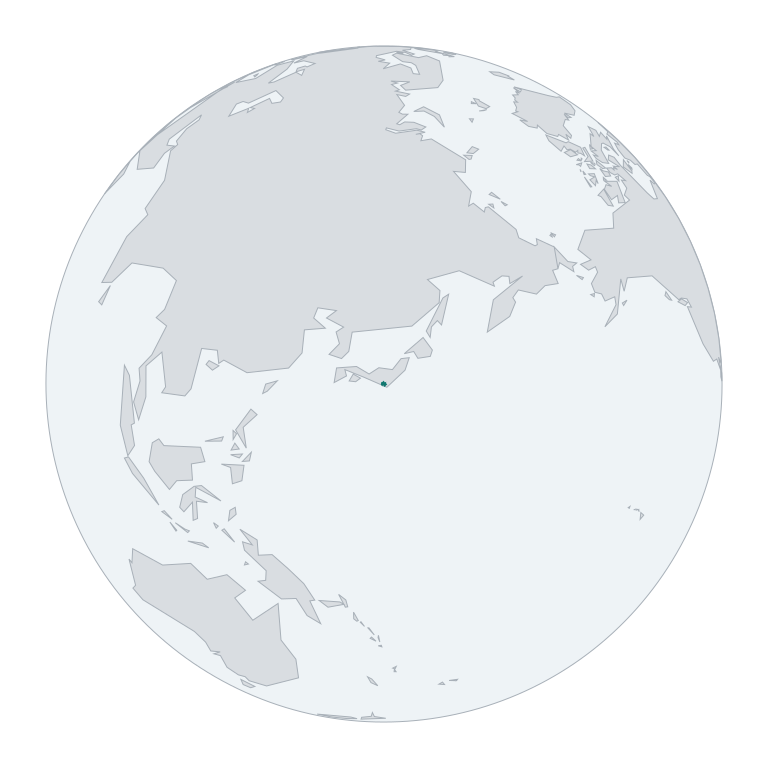 the Earth from above Kanagawa, rotated 30°
{"feature_id": "JPN-1857", "entity_name": "Kanagawa", "entity_type": "Prefecture", "adm_level": 1, "iso_a3": "JPN", "parent_name": "Japan", "parent_adm1": "", "projection": "orthographic", "projection_center": [139.409, 35.386], "detail": "fine", "context": "on_globe", "style": "filled", "palette": "teal", "viewbox_px": 768, "rotation_deg": 30, "n_neighbors": 0, "source": "natural_earth", "source_scale": "10m", "svg_char_len": 12328}
<svg xmlns="http://www.w3.org/2000/svg" viewBox="0 0 768 768"><g transform="rotate(30 384 384)"><circle cx="384" cy="384" r="338" fill="#eef3f6" stroke="#a8b0b8"/><path d="M595.3,603.0L595.2,604.6L594.8,604.9L595.3,603.0ZM665.8,197.6L660.3,193.5L670.9,205.5L675.0,212.2L675.2,212.6L672.2,209.4L668.7,203.7L659.7,196.0L657.9,199.6L640.2,189.7L608.1,165.3L611.8,163.7L603.7,158.8L598.5,160.9L597.1,163.6L562.1,156.3L541.6,170.4L545.6,183.6L536.5,174.6L551.1,206.7L546.7,224.0L545.3,199.3L540.2,193.1L534.0,201.6L527.4,197.2L520.7,199.1L513.4,193.3L513.1,180.4L508.4,176.7L504.3,183.1L494.4,182.1L501.2,173.0L484.6,170.5L481.1,150.4L505.0,134.2L496.8,121.5L504.7,101.9L497.7,100.2L496.3,93.0L487.6,88.7L491.5,87.1L481.2,85.2L479.3,87.6L474.1,87.8L468.8,85.7L472.9,83.0L476.2,83.6L474.6,81.9L478.9,81.5L473.8,80.6L479.4,78.1L466.1,77.7L464.1,73.4L469.9,72.6L479.4,76.4L516.4,86.9L525.2,88.8L528.1,86.8L512.4,74.4L518.0,75.6L518.2,74.4L510.5,71.5L507.6,71.6L493.4,66.8L491.6,68.4L485.5,67.0L479.6,67.9L469.7,64.0L463.3,60.1L467.7,59.4L465.0,58.0L452.0,56.1L451.8,53.6L438.3,50.5L463.2,55.5L487.5,62.3L511.4,71.0L534.4,81.4L556.7,93.5L578.0,107.3L598.2,122.6L617.1,139.4L634.8,157.5L651.1,177.0L665.8,197.6ZM673.5,373.2L670.7,366.9L674.5,367.7L673.5,373.2ZM667.5,365.4L668.8,367.0L667.4,366.1L667.5,365.4ZM665.5,366.1L666.9,365.6L665.6,367.0L665.5,366.1ZM663.1,368.1L664.3,366.8L664.3,367.2L663.1,368.1ZM658.6,369.0L657.3,369.0L658.2,367.0L658.6,369.0ZM597.5,165.8L599.1,161.5L606.2,161.7L605.6,165.5L597.5,165.8ZM583.1,166.9L582.0,163.1L591.2,167.6L589.0,168.3L583.1,166.9ZM549.9,194.7L552.5,189.9L552.3,196.2L549.9,194.7ZM521.0,200.4L522.4,203.4L518.3,203.2L521.0,200.4ZM485.4,70.1L482.6,69.0L485.2,69.4L485.4,70.1ZM485.6,71.8L490.6,73.0L491.4,74.0L488.3,73.2L485.6,71.8ZM503.4,194.5L496.4,193.7L503.5,192.1L503.4,194.5ZM479.2,70.1L492.2,75.6L493.5,77.5L482.7,76.3L479.2,70.1ZM492.3,191.8L475.4,191.1L477.0,197.2L462.9,180.2L482.0,186.0L490.4,182.8L488.5,187.8L492.3,191.8ZM480.9,89.3L482.8,86.6L486.1,90.9L480.9,89.3ZM484.4,92.0L502.1,106.3L496.7,109.8L491.9,104.0L488.9,110.6L477.5,105.2L476.6,100.4L482.4,99.0L473.7,98.1L484.4,92.0ZM457.9,171.4L453.7,169.6L458.0,169.0L457.9,171.4ZM472.3,88.2L476.3,90.5L472.0,93.6L463.1,89.5L467.3,89.8L472.3,88.2ZM493.6,115.3L488.8,117.2L478.3,113.2L475.0,113.6L476.8,105.4L493.6,115.3ZM465.6,88.1L458.7,87.5L455.9,84.3L468.0,86.2L465.6,88.1ZM474.6,96.2L472.1,97.6L470.6,95.4L474.6,96.2ZM442.2,73.8L447.1,76.0L445.3,77.6L442.2,73.8ZM456.2,87.5L457.2,88.6L457.0,89.7L452.0,88.8L456.2,87.5ZM469.3,103.4L465.9,101.5L468.0,106.5L460.2,104.2L462.9,99.3L458.5,100.4L456.1,99.8L460.9,96.7L469.3,103.4ZM446.4,91.2L447.0,85.0L438.2,80.3L439.6,78.6L453.5,86.5L446.4,91.2ZM454.5,94.6L449.8,92.0L453.9,90.8L459.6,91.9L454.5,94.6ZM454.0,104.5L465.3,109.3L464.3,110.2L454.0,104.5ZM443.0,90.0L442.9,91.5L441.9,89.8L443.0,90.0ZM449.7,100.1L453.8,101.6L452.6,102.6L449.7,100.1ZM439.3,93.7L439.6,91.6L443.5,92.1L439.3,93.7ZM443.4,96.8L440.8,97.9L444.7,93.6L445.5,97.2L443.4,96.8ZM447.9,100.9L448.6,101.9L446.4,100.1L447.9,100.9ZM424.4,93.3L428.4,87.8L437.0,88.7L432.0,93.9L424.4,93.3ZM130.7,160.3L112.3,183.8L105.0,197.0L120.1,183.6L132.2,161.3L144.3,149.3L142.6,159.8L133.4,181.3L137.8,177.4L151.9,158.0L158.4,157.9L157.8,151.2L151.7,157.6L151.2,153.9L156.8,148.0L158.8,147.9L164.0,140.9L152.9,144.2L145.5,151.1L153.8,138.7L142.3,149.3L141.5,149.2L160.7,131.3L165.3,127.9L193.8,105.9L189.7,108.1L162.5,129.4L167.2,125.2L161.4,129.7L169.5,123.0L200.4,100.5L205.9,96.9L228.7,83.9L252.6,72.7L243.6,76.7L247.7,75.0L239.2,79.2L239.8,81.0L233.1,85.7L245.2,83.1L243.5,85.5L236.8,86.1L228.5,89.6L213.3,103.4L213.9,105.1L223.0,102.7L217.7,107.4L228.5,103.3L225.7,111.4L238.2,98.6L249.3,96.9L254.1,100.6L260.0,98.0L252.2,92.2L247.0,92.1L239.0,95.5L226.9,95.0L229.5,91.2L250.7,84.1L256.8,78.4L270.6,76.5L283.3,91.4L282.4,100.4L255.8,118.7L249.1,117.1L255.3,109.4L238.5,118.2L245.2,116.6L240.8,120.9L250.2,121.5L247.5,124.6L261.2,120.1L259.0,124.1L250.4,126.9L262.5,132.4L261.0,141.3L265.1,141.1L269.8,138.4L264.9,152.3L268.0,151.6L270.9,146.7L279.1,142.4L291.7,140.5L289.3,145.4L284.4,146.7L270.6,157.4L258.0,161.0L258.4,162.9L268.7,161.0L285.5,147.8L293.8,145.4L286.7,151.9L289.9,149.3L293.3,149.7L294.3,154.9L302.5,148.1L342.6,149.0L348.7,160.1L337.9,165.1L363.4,173.8L368.3,187.6L370.9,182.8L384.9,184.9L383.5,180.5L385.8,178.4L421.1,184.1L427.6,190.0L445.7,188.8L447.1,186.6L443.3,182.0L462.9,180.2L477.0,197.2L473.2,201.2L484.6,209.9L474.3,218.3L471.1,229.9L453.3,235.4L452.4,244.8L457.0,247.3L459.1,262.6L447.5,287.4L436.6,256.4L450.0,221.2L442.8,234.1L438.4,228.3L432.1,231.4L427.5,241.3L430.7,244.1L392.5,248.3L369.4,271.8L385.7,275.1L391.1,286.0L379.2,319.9L330.5,355.0L337.2,373.4L334.5,383.2L321.6,385.8L325.3,371.4L316.5,362.9L320.6,354.9L301.2,355.6L306.1,344.2L288.6,351.1L290.1,362.0L305.3,365.0L288.0,376.9L297.5,398.1L293.4,417.9L259.7,442.7L233.3,443.4L230.6,448.8L222.8,438.1L208.3,444.4L219.3,484.7L217.5,493.9L195.9,502.7L196.3,495.7L175.7,467.4L168.8,487.3L184.2,514.2L189.4,537.7L176.1,524.7L171.2,503.4L164.0,492.8L168.3,474.9L166.7,442.4L153.5,440.4L156.7,429.1L152.5,398.2L134.8,394.1L105.2,405.2L97.4,432.0L88.9,437.2L87.5,385.0L94.8,355.5L89.4,351.5L92.1,317.3L82.6,288.8L85.6,279.8L82.8,277.4L85.5,261.6L91.8,247.7L91.4,242.1L75.6,279.3L76.6,285.7L83.5,282.7L78.5,294.0L76.5,312.1L62.9,321.5L56.0,304.0L62.7,282.4L95.7,210.4L98.8,206.4L99.2,205.7L100.1,204.5L95.5,209.9L103.7,197.3L78.2,241.4L70.7,257.7L55.8,304.6L55.4,305.6L52.8,318.0L53.6,332.3L52.0,338.6L47.1,358.0L47.0,359.2L49.7,335.0L54.1,311.0L60.2,287.4L68.0,264.3L77.5,241.8L88.5,220.0L101.1,199.1L115.2,179.2L130.7,160.3ZM116.2,215.4L115.7,229.7L129.0,212.8L129.9,217.2L134.1,210.1L129.9,211.5L142.1,193.9L146.6,197.0L153.4,191.5L153.9,186.5L143.7,183.9L126.2,208.5L120.7,209.8L116.2,215.4ZM278.7,64.2L271.8,66.5L269.1,66.9L277.6,63.3L281.7,62.5L278.7,64.2ZM262.6,70.1L281.3,65.3L276.7,68.1L276.1,67.1L271.2,69.5L269.0,68.8L246.4,77.1L242.5,78.1L260.4,69.5L256.7,71.4L263.7,68.6L262.6,70.1ZM336.9,55.5L344.9,55.5L324.7,61.2L319.5,60.7L327.7,56.5L338.6,54.7L336.9,55.5ZM457.7,67.8L462.0,68.9L460.9,69.5L456.2,69.0L457.7,67.8ZM444.6,74.7L437.3,64.2L442.0,64.7L432.2,59.0L440.6,58.4L446.7,61.9L445.7,57.7L454.6,60.6L452.6,57.9L465.3,65.8L473.3,69.0L461.2,65.5L453.3,65.8L452.2,67.0L455.2,72.8L468.3,80.6L462.5,83.0L455.0,82.6L450.9,81.0L455.9,79.8L446.9,78.6L451.1,75.8L444.6,74.7ZM369.5,87.4L377.1,84.8L359.7,85.6L363.8,81.3L361.5,81.7L360.5,78.1L355.3,74.8L358.7,73.2L355.2,72.6L354.5,70.6L350.9,69.4L355.6,66.4L351.6,64.9L356.1,64.3L347.9,62.7L356.1,62.7L355.9,60.6L348.0,61.7L382.1,52.1L390.0,49.5L392.2,47.7L406.0,48.9L412.8,51.9L414.3,56.2L404.7,59.2L412.7,59.6L410.4,61.4L405.1,60.3L412.0,63.1L408.7,64.3L410.1,70.7L422.1,75.0L422.9,77.8L416.6,76.8L421.8,80.4L410.4,80.6L410.7,82.8L399.8,85.6L387.4,83.1L388.7,85.8L380.4,88.6L369.5,87.4ZM421.0,93.9L405.2,90.9L399.7,87.4L421.1,84.1L422.4,82.0L435.9,80.7L443.6,86.1L439.0,85.9L436.4,87.0L435.0,84.8L434.1,87.4L427.8,87.5L425.4,89.6L420.9,87.9L421.0,93.9ZM163.9,127.6L163.7,127.8L163.5,128.0L163.9,127.6ZM194.8,104.0L192.5,105.6L194.8,104.0ZM235.3,87.7L233.6,89.6L231.0,90.6L229.1,90.5L235.3,87.7ZM318.8,91.9L324.0,90.2L325.0,91.1L336.8,90.9L334.7,94.5L326.8,96.1L318.8,91.9ZM118.6,182.7L117.1,182.1L119.8,178.4L119.8,179.3L118.6,182.7ZM136.8,154.3L129.7,162.7L135.8,155.1L136.8,154.3ZM318.5,95.8L323.6,95.2L319.4,97.5L318.5,95.8ZM333.8,97.3L329.9,100.0L335.8,95.0L333.8,97.3ZM267.6,610.6L277.7,614.3L277.4,615.4L267.6,610.6ZM257.0,603.6L268.2,607.1L255.4,605.6L257.0,603.6ZM272.6,608.5L284.0,609.2L288.9,608.5L288.3,610.8L272.6,608.5ZM249.6,601.4L210.9,587.2L196.2,577.9L199.2,574.9L223.0,585.7L249.6,601.4ZM198.0,574.2L176.2,551.5L149.8,497.5L159.2,503.8L187.4,542.7L185.5,545.8L198.7,562.0L198.0,574.2ZM252.8,571.4L250.9,582.6L229.1,574.2L219.4,568.7L212.7,550.7L216.4,544.1L224.2,547.4L256.8,530.5L267.7,540.8L257.1,549.5L266.2,563.0L252.8,571.4ZM97.8,435.5L100.0,456.6L95.7,455.4L97.8,435.5ZM271.9,514.6L257.5,523.1L271.2,510.1L271.9,514.6ZM281.2,500.8L281.1,507.5L276.5,499.7L281.2,500.8ZM228.5,457.8L220.1,456.0L220.8,451.2L232.0,450.8L228.5,457.8ZM290.0,434.6L286.5,448.6L283.7,452.9L281.6,443.2L290.0,434.6ZM307.9,131.4L293.8,127.1L282.2,127.6L273.5,133.1L279.7,124.1L297.5,123.2L307.9,131.4ZM338.6,146.0L346.1,142.0L347.0,145.6L345.4,147.0L338.6,146.0ZM340.2,142.3L341.7,134.3L348.6,133.3L346.1,139.8L340.2,142.3ZM329.4,113.3L325.4,111.6L328.9,109.7L329.4,113.3ZM521.8,689.0L528.0,687.3L519.1,692.3L505.8,698.3L491.1,703.3L521.8,689.0ZM412.3,714.7L407.8,711.4L423.4,710.5L420.4,713.7L412.3,714.7ZM531.3,683.8L539.1,678.2L538.2,674.3L541.9,676.8L552.7,672.6L531.7,685.7L531.3,683.8ZM343.5,693.1L283.1,691.4L268.6,686.3L269.5,682.5L250.7,663.1L255.1,664.8L248.7,652.3L282.8,651.5L306.3,636.0L328.5,641.5L343.3,627.7L367.2,631.9L361.7,643.9L388.5,654.2L402.0,627.0L422.8,657.2L445.3,666.4L456.9,681.2L433.3,704.2L415.6,708.4L410.1,706.9L403.3,708.7L389.7,707.8L378.2,701.0L371.6,702.7L376.1,697.9L367.5,701.8L358.5,696.7L343.5,693.1ZM516.2,645.8L520.9,645.6L529.5,648.4L522.0,649.1L516.2,645.8ZM583.7,612.9L586.7,614.0L581.6,616.5L583.7,612.9ZM594.8,604.9L588.6,608.2L595.3,603.0L594.8,604.9ZM535.6,625.9L538.3,627.1L536.6,628.1L535.6,625.9ZM533.6,625.7L535.8,622.4L536.0,625.2L533.6,625.7ZM509.9,613.6L512.3,611.6L513.6,612.7L509.9,613.6ZM292.6,618.1L306.2,612.6L314.1,613.5L292.6,618.1ZM505.7,610.7L499.2,611.2L499.7,609.4L505.7,610.7ZM505.7,606.7L504.8,604.4L509.4,609.5L505.7,606.7ZM492.8,602.7L501.1,606.2L492.0,603.3L492.8,602.7ZM488.3,603.7L482.6,602.2L482.9,601.4L488.3,603.7ZM428.2,608.9L449.0,623.2L433.2,623.0L415.1,613.7L402.7,621.4L373.5,617.8L379.7,613.2L375.3,604.6L346.3,597.7L340.4,591.4L350.4,589.2L331.8,581.8L352.1,582.5L360.8,595.1L372.4,587.7L393.4,591.9L414.4,597.0L432.1,605.8L428.2,608.9ZM353.0,607.2L356.6,607.7L353.6,610.5L353.0,607.2ZM471.7,596.8L480.0,601.7L479.1,603.0L475.2,602.5L471.7,596.8ZM436.1,603.9L454.8,594.8L459.4,594.9L447.1,605.3L436.1,603.9ZM449.9,588.9L458.9,590.1L464.0,595.1L462.1,596.6L449.9,588.9ZM311.5,589.9L310.8,592.8L305.7,589.3L311.5,589.9ZM318.0,589.3L333.7,595.6L316.7,591.7L318.0,589.3ZM272.7,567.6L277.0,576.3L290.5,575.0L280.2,579.3L289.8,593.7L286.9,597.5L277.2,582.1L274.6,594.7L268.7,592.9L265.0,580.4L270.7,567.6L276.7,563.2L301.3,566.8L272.7,567.6ZM317.7,580.2L313.7,570.5L316.8,565.2L321.1,570.8L317.7,580.2ZM302.6,546.2L292.9,533.0L283.2,534.7L303.4,524.4L309.3,538.8L302.6,546.2ZM295.6,520.4L286.5,521.9L296.4,515.4L295.6,520.4ZM284.6,517.7L284.4,509.8L291.1,512.7L284.6,517.7ZM300.1,521.9L303.2,509.4L305.9,517.9L300.1,521.9ZM283.7,491.9L296.8,508.4L278.4,497.9L281.3,472.3L289.4,474.0L283.7,491.9ZM352.3,398.8L352.4,390.8L360.7,390.7L358.3,396.2L352.3,398.8ZM388.1,385.4L363.0,388.2L342.9,391.1L347.5,395.8L340.1,407.7L334.9,393.8L351.4,382.6L366.1,382.8L371.4,372.5L384.1,367.3L386.1,353.5L392.7,348.6L395.3,361.5L388.1,385.4ZM386.4,347.6L394.6,324.2L408.9,330.4L410.3,336.9L400.5,344.8L393.5,341.0L386.4,347.6ZM400.7,320.6L394.1,317.0L392.0,280.0L395.1,273.9L404.3,304.1L398.5,302.4L396.5,310.8L400.7,320.6ZM453.4,172.4L453.7,169.8L456.2,172.6L453.4,172.4ZM384.8,176.0L388.3,173.7L391.1,176.6L384.8,176.0ZM399.8,169.1L394.1,167.4L401.1,167.2L399.8,169.1ZM381.3,164.2L392.3,165.8L380.3,167.3L381.3,164.2Z" fill="#d9dde1" stroke="#a8b0b8" stroke-width="1"/><path d="M385.8,383.3L385.6,383.4L385.5,383.5L385.3,383.6L385.2,383.5L385.3,383.7L385.3,383.8L385.2,383.9L385.1,384.0L385.2,384.3L385.1,384.5L385.3,384.6L385.6,384.7L385.6,384.8L385.6,385.0L385.3,385.0L385.2,385.1L385.3,385.3L385.3,385.5L385.2,385.5L385.0,385.4L385.0,385.2L384.9,385.1L385.0,385.0L384.9,385.0L384.9,384.9L384.8,384.7L384.7,384.6L384.4,384.5L384.3,384.4L384.0,384.4L383.6,384.5L383.4,384.5L383.2,384.6L382.9,384.7L382.7,384.9L382.7,385.2L382.8,385.5L382.6,385.4L382.5,385.6L382.4,385.5L382.2,385.5L382.1,385.4L381.9,385.2L381.9,384.9L381.9,384.7L382.0,384.6L382.0,384.4L382.0,384.2L381.9,384.0L381.6,384.0L381.6,383.9L381.7,383.7L381.8,383.6L382.0,383.5L382.4,383.3L382.5,383.2L382.6,382.8L382.6,382.7L382.6,382.4L382.9,382.5L383.0,382.6L383.2,382.8L383.3,382.8L383.5,382.9L383.8,382.9L384.0,383.0L384.2,383.4L384.3,383.4L384.3,383.1L384.4,382.9L384.2,382.8L384.3,382.7L384.3,382.8L384.4,382.7L384.5,382.7L385.2,382.9L385.2,383.0L385.4,383.1L385.8,383.3L385.8,383.3Z" fill="#14b8a6" stroke="#0f766e" stroke-width="1.5"/></g></svg>